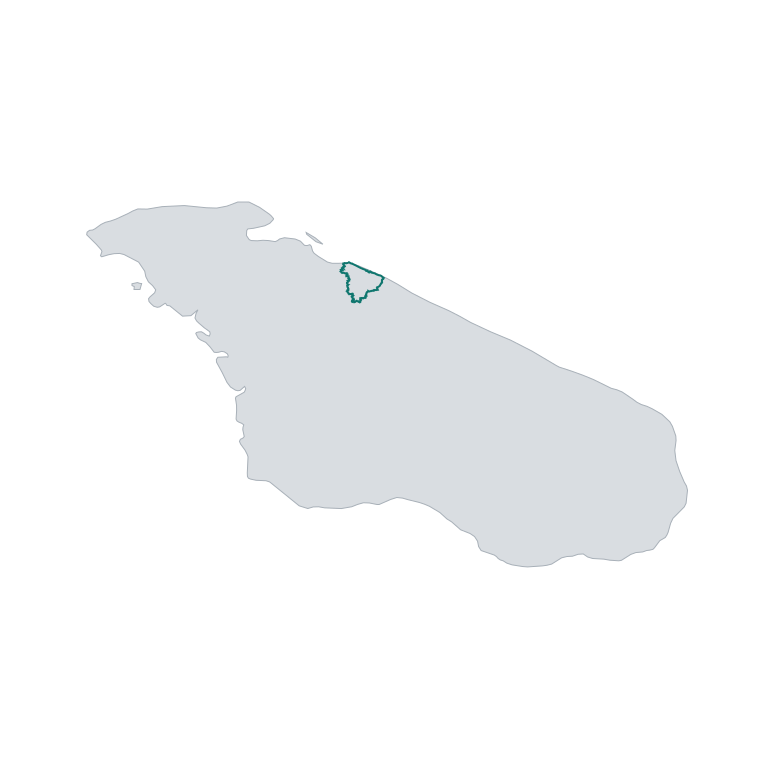 Toamasina II, Atsinanana, Madagascar shown in context, rotated 279°
{"feature_id": "10022922B55539380638871", "entity_name": "Toamasina II", "entity_type": "district", "adm_level": 2, "iso_a3": "MDG", "parent_name": "Madagascar", "parent_adm1": "Atsinanana", "projection": "albers", "projection_center": [49.14, -18.014], "detail": "fine", "context": "in_parent", "style": "outline", "palette": "teal", "viewbox_px": 768, "rotation_deg": 279, "n_neighbors": 0, "source": "geoboundaries", "source_scale": "gbopen_adm2", "svg_char_len": 8553}
<svg xmlns="http://www.w3.org/2000/svg" viewBox="0 0 768 768"><g transform="rotate(279 384 384)"><path d="M500.1,83.5L502.2,88.4L504.7,93.1L512.3,104.5L515.6,108.8L518.4,113.5L519.7,122.8L524.5,137.2L529.0,158.9L530.3,181.1L531.6,191.3L535.1,201.0L540.8,211.0L542.6,222.1L539.0,233.5L533.8,244.2L532.5,246.2L530.1,249.0L529.0,248.9L524.9,246.1L521.6,241.5L517.4,230.8L515.9,225.3L514.1,224.4L509.1,224.9L505.5,228.3L504.9,230.4L505.6,236.4L507.0,241.9L507.6,247.4L507.6,254.3L509.0,256.4L510.9,258.2L512.9,262.8L513.3,273.6L512.0,279.1L508.5,283.8L508.7,286.4L510.0,289.0L508.7,290.6L504.1,292.7L502.2,294.5L499.7,299.2L495.6,309.0L495.1,314.0L497.6,329.1L496.9,339.9L491.7,360.4L488.8,370.2L484.6,381.9L478.2,397.2L471.9,416.5L466.6,436.4L462.7,448.3L458.3,460.1L452.3,480.9L447.2,501.9L439.6,525.1L429.3,551.0L428.1,554.4L426.0,567.6L423.8,579.0L421.1,590.4L415.3,609.1L414.7,614.9L413.4,620.4L407.9,632.2L405.6,636.5L404.0,641.2L403.1,647.1L401.5,652.7L397.5,663.2L391.4,672.2L387.3,675.5L378.4,680.3L373.9,681.3L363.8,681.6L354.0,684.4L343.9,689.7L334.2,695.8L330.6,698.7L326.5,700.4L313.5,701.0L309.6,699.8L296.5,690.4L291.4,688.9L281.9,687.8L279.0,687.0L276.4,685.8L272.4,680.9L264.6,676.8L262.8,675.5L261.5,672.5L260.6,669.4L258.6,665.8L256.9,659.1L254.3,654.4L247.0,646.1L246.1,643.5L245.3,634.6L245.4,628.5L244.3,617.4L245.0,612.2L247.3,607.4L246.2,602.4L243.4,597.1L242.2,591.6L240.1,586.6L232.4,577.8L230.5,573.4L229.1,568.8L225.8,554.4L225.4,549.4L225.4,538.8L226.3,533.3L228.0,529.4L228.4,526.5L229.5,524.1L231.2,522.0L232.3,519.7L234.7,506.0L238.2,502.9L243.4,501.0L247.5,497.3L249.8,492.4L252.0,482.5L258.4,472.4L260.6,467.2L265.8,459.3L270.3,448.1L271.6,442.9L272.5,437.6L273.5,425.9L274.2,420.1L273.9,414.4L271.0,408.6L264.2,398.0L263.9,396.0L264.2,388.1L263.5,382.3L260.9,376.7L257.7,371.3L254.3,361.3L252.4,344.7L252.5,338.6L251.5,333.3L249.1,328.2L250.4,319.3L269.4,286.4L270.0,282.6L268.9,272.7L269.2,267.0L269.8,264.8L271.3,263.6L274.7,262.9L290.8,261.1L292.9,260.0L296.8,257.2L302.2,251.8L304.7,250.2L306.9,250.8L308.4,253.0L310.2,254.2L316.7,251.7L319.2,251.5L321.7,251.9L322.9,249.7L323.6,246.7L324.5,244.6L326.2,243.4L334.6,242.6L339.9,241.7L346.8,239.5L348.3,239.9L354.0,247.2L355.7,247.8L357.9,248.1L359.8,246.7L355.2,242.9L354.5,240.7L354.7,238.2L357.0,232.9L361.0,228.7L370.0,222.4L379.3,215.2L382.0,214.6L384.4,215.7L386.2,224.1L386.0,225.5L387.5,225.7L389.3,224.6L390.8,221.2L390.8,218.4L389.5,215.7L388.9,213.4L388.8,211.3L393.5,206.3L397.2,201.5L398.9,195.8L400.4,193.2L404.4,190.2L405.5,190.7L406.5,193.0L407.0,195.6L406.0,198.1L404.6,200.6L404.0,203.9L406.3,204.5L408.4,203.7L411.4,197.7L414.9,192.0L417.0,189.0L419.6,187.0L424.0,187.3L428.2,188.6L421.3,182.6L419.5,174.4L427.7,160.2L427.7,157.3L428.9,156.3L429.5,155.2L425.1,150.4L424.3,148.1L424.8,144.4L426.9,141.2L428.7,139.0L431.4,138.1L433.5,139.3L438.2,143.2L441.3,143.8L445.0,140.0L448.1,135.3L452.7,132.0L458.0,130.0L466.0,122.6L471.2,107.0L471.6,102.5L470.5,97.0L468.6,91.8L465.5,85.3L466.3,83.9L470.7,84.7L472.2,83.8L477.0,78.0L484.9,67.0L487.5,67.0L489.7,69.1L490.5,72.1L492.1,74.3L497.4,79.6L500.1,83.5ZM445.2,127.2L445.3,128.9L439.2,128.2L438.2,122.3L441.2,122.1L441.8,119.7L443.6,119.4L445.6,124.6L445.2,127.2ZM517.6,293.2L512.5,301.8L513.9,294.6L519.8,284.2L521.5,283.4L517.6,293.2Z" fill="#d9dde1" stroke="#a8b0b8" stroke-width="1"/><path d="M493.5,349.5L493.6,348.3L494.2,346.2L494.4,344.7L494.6,344.4L494.9,342.9L496.2,339.0L496.5,338.2L497.6,334.6L498.0,333.6L497.9,333.4L498.0,332.5L498.4,331.3L498.6,330.9L498.8,330.3L498.6,329.7L498.8,329.3L498.7,329.4L498.3,329.4L497.9,329.1L497.6,328.4L497.5,328.1L497.4,328.0L497.3,326.8L497.3,326.1L497.0,325.8L496.9,325.7L496.7,325.0L496.1,325.1L496.0,324.9L495.9,324.9L495.8,325.1L495.7,325.2L495.7,325.5L495.2,325.6L495.0,325.8L494.7,325.8L494.5,326.3L494.6,326.5L494.4,326.7L494.2,326.8L494.1,326.5L493.9,326.4L493.8,326.6L493.6,326.4L493.9,326.2L493.7,326.0L493.4,326.0L493.3,325.8L493.2,325.8L493.2,325.4L493.1,325.2L492.6,325.1L492.4,325.3L492.2,325.1L492.0,325.3L492.1,324.9L492.1,324.6L491.8,324.6L491.7,324.8L491.6,324.5L491.3,324.7L491.0,324.9L490.9,324.7L490.7,324.6L490.7,324.3L490.3,324.2L490.1,323.7L490.0,323.8L490.0,324.0L489.9,324.1L489.8,324.4L489.7,324.1L489.3,323.9L489.2,323.7L488.4,323.4L487.9,324.3L487.7,324.5L487.7,324.8L487.5,324.7L487.3,324.8L487.2,325.1L487.2,325.4L487.3,325.9L487.6,326.1L487.7,326.3L487.7,326.6L487.3,327.6L487.2,328.6L487.5,329.2L487.6,329.7L487.6,329.9L487.2,329.9L486.8,329.9L486.8,330.0L486.8,330.3L486.8,330.6L486.7,330.9L486.4,330.9L486.1,330.5L486.1,330.2L485.9,330.1L485.7,330.0L485.6,330.3L485.1,330.0L484.6,330.0L484.7,330.4L484.7,330.5L484.5,331.4L484.6,331.5L484.8,331.5L484.8,332.1L484.7,332.1L484.2,332.1L484.0,332.3L483.8,332.3L483.7,332.4L483.4,332.4L483.2,332.4L483.1,332.6L483.1,332.9L483.0,333.0L482.9,333.0L482.7,332.7L482.4,333.3L482.2,333.4L482.0,333.7L481.9,333.7L481.6,333.5L481.4,333.4L481.4,333.2L481.2,333.2L481.0,333.5L480.7,333.5L480.7,333.3L480.9,333.2L480.8,332.9L480.9,332.6L480.4,332.4L480.3,332.1L480.2,332.2L480.1,332.6L479.4,332.5L479.2,333.0L479.2,332.6L478.6,332.3L478.5,332.0L478.6,331.8L478.4,331.6L478.0,331.6L477.8,331.8L477.6,331.8L477.4,332.0L477.2,332.1L477.0,332.4L476.4,332.4L476.2,332.6L476.2,332.8L476.1,332.7L475.9,332.6L475.7,332.7L475.4,332.3L474.8,332.6L474.5,332.7L474.3,332.6L474.1,332.7L474.0,332.9L473.7,333.3L473.4,333.3L473.0,333.5L472.5,333.6L472.5,333.8L472.3,333.8L472.2,334.0L471.8,334.1L471.6,334.1L471.1,334.1L471.1,333.9L471.3,333.8L471.3,333.7L470.6,333.5L470.6,333.2L470.2,333.3L470.1,333.1L469.9,332.9L469.7,333.3L469.7,333.5L469.2,333.5L468.7,333.9L468.7,334.1L468.2,334.6L468.1,334.9L467.8,335.2L467.6,335.2L467.6,335.3L467.4,335.4L467.3,335.5L467.5,335.7L467.5,336.1L467.6,336.6L467.5,336.8L467.8,337.6L467.9,338.0L468.0,338.1L468.2,338.3L468.2,338.7L468.3,338.9L468.2,339.0L468.0,338.7L467.9,338.6L467.2,338.6L466.8,338.7L466.7,339.4L466.5,339.5L466.4,339.8L466.1,339.6L466.1,339.4L466.0,339.2L465.7,339.2L465.4,339.0L465.3,338.5L465.1,338.4L464.9,338.7L464.7,339.1L464.2,339.2L464.0,339.4L463.8,340.1L463.5,339.9L463.2,340.0L463.2,340.4L463.2,340.5L463.1,340.9L462.8,341.1L462.7,341.1L462.6,340.9L462.3,340.8L462.1,340.6L462.1,340.0L461.9,339.8L461.9,339.6L461.6,339.4L461.1,339.4L460.8,339.3L460.5,339.5L460.3,339.5L460.2,339.6L460.2,339.9L460.3,339.9L460.5,340.1L460.2,340.3L460.3,340.5L460.6,340.7L460.5,341.1L460.8,341.3L460.9,341.5L460.5,341.9L460.2,342.0L460.3,342.2L460.4,342.4L460.7,342.3L460.8,342.6L461.0,342.8L461.1,343.2L461.4,343.3L461.6,343.5L461.8,343.7L462.0,343.9L462.0,344.0L461.9,344.1L461.7,344.5L461.5,345.2L461.5,345.4L461.4,345.6L461.5,345.8L461.1,346.3L461.1,346.5L461.3,346.5L461.2,346.7L461.2,347.1L460.9,347.3L461.0,347.5L461.3,347.6L461.4,347.8L461.6,347.8L461.9,347.5L462.0,347.6L462.4,347.5L462.8,347.9L463.0,348.0L463.4,348.2L463.7,347.7L463.7,347.4L463.9,347.2L464.4,347.3L464.6,347.2L465.0,347.1L465.1,347.6L465.1,348.0L465.4,348.1L465.4,348.4L465.6,349.1L465.4,349.6L465.4,350.0L465.5,350.0L465.7,350.3L465.7,350.5L466.0,350.8L466.2,351.3L466.0,351.9L466.2,352.2L466.3,352.4L466.5,352.4L466.6,352.1L466.8,351.9L467.1,351.7L468.1,351.8L468.1,352.5L468.3,352.9L468.6,352.7L469.0,352.6L469.4,352.4L469.7,352.2L469.8,352.2L470.4,352.6L470.6,352.5L470.8,352.5L471.0,352.4L472.0,352.7L472.1,353.0L472.6,353.4L472.7,353.7L473.0,353.8L473.4,353.8L473.2,354.2L473.0,354.4L473.0,354.9L473.7,356.3L473.7,356.7L474.1,357.3L474.4,358.2L474.3,358.6L474.7,359.0L474.6,359.4L474.6,359.5L474.9,359.7L475.3,359.4L475.4,359.5L475.3,360.0L475.4,360.4L475.4,360.7L475.5,361.2L475.5,361.5L475.7,361.9L475.8,362.4L476.0,362.7L476.1,363.1L476.4,362.9L476.7,362.8L476.8,362.4L477.3,362.4L477.8,361.9L478.3,362.1L478.5,362.1L478.7,362.6L478.9,363.0L479.8,364.0L480.5,364.6L481.5,364.8L481.9,365.0L482.4,365.2L482.6,365.5L482.9,365.6L483.1,365.5L483.3,365.6L483.5,365.9L483.7,366.1L483.9,365.9L484.2,365.9L484.4,366.1L484.5,366.1L484.7,365.9L484.9,365.9L485.2,365.9L485.6,365.9L485.8,365.9L486.0,365.9L486.2,365.7L486.5,365.8L486.6,365.7L486.9,365.8L487.0,366.0L487.4,366.3L487.5,366.6L487.8,366.7L487.8,366.9L488.7,367.2L489.3,365.9L490.3,364.4L490.5,363.9L490.6,363.4L490.6,362.0L490.9,360.4L491.0,359.8L491.3,358.9L491.7,358.0L491.9,357.2L491.9,356.4L492.0,355.2L492.2,354.6L492.6,353.8L492.3,353.7L492.9,352.7L492.5,352.4L492.3,352.4L491.8,351.9L492.1,351.3L492.3,351.2L492.2,351.1L492.4,350.7L492.6,350.4L492.8,350.5L492.9,350.3L493.0,350.4L492.9,350.2L493.0,350.1L492.9,348.9L493.0,348.9L493.1,349.4L493.5,349.5Z" fill="none" stroke="#0f766e" stroke-width="2"/></g></svg>